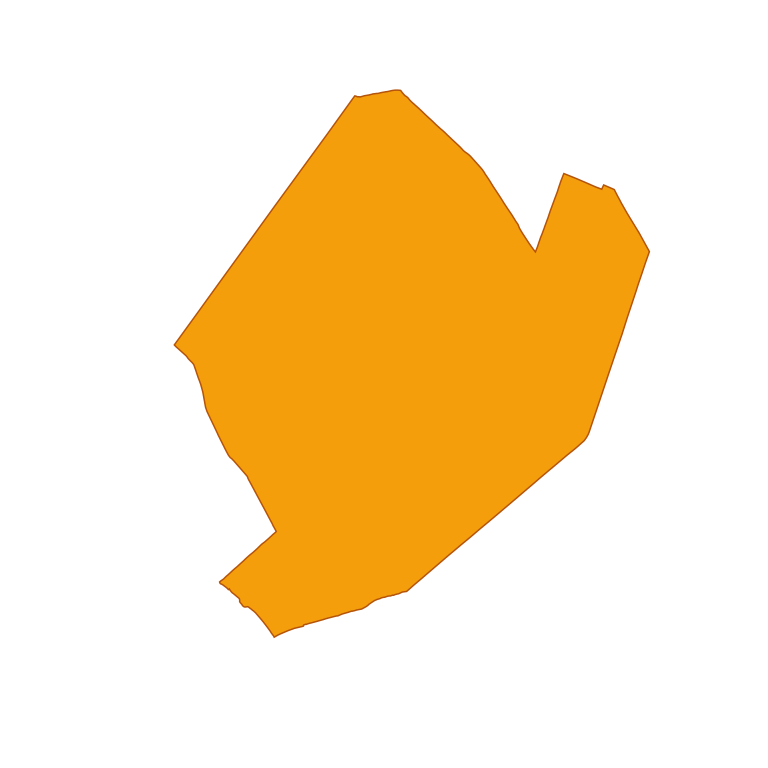 the district of Don Mueang, Bangkok Metropolis, Thailand, rotated 26°
{"feature_id": "78962969B41051617960371", "entity_name": "Don Mueang", "entity_type": "district", "adm_level": 2, "iso_a3": "THA", "parent_name": "Thailand", "parent_adm1": "Bangkok Metropolis", "projection": "equal_earth", "projection_center": [100.591, 13.921], "detail": "fine", "context": "isolated", "style": "filled", "palette": "amber", "viewbox_px": 768, "rotation_deg": 26, "n_neighbors": 0, "source": "geoboundaries", "source_scale": "gbopen_adm2", "svg_char_len": 5618}
<svg xmlns="http://www.w3.org/2000/svg" viewBox="0 0 768 768"><g transform="rotate(26 384 384)"><path d="M495.3,560.5L499.2,551.1L503.0,542.5L505.9,535.7L509.4,527.6L513.0,519.3L516.6,510.9L520.7,501.7L523.6,495.1L529.0,483.2L533.9,471.9L539.7,459.0L550.5,434.4L558.5,416.0L561.5,409.2L565.6,399.6L570.1,389.4L572.8,383.4L579.6,368.0L584.2,358.2L586.5,352.7L587.3,350.7L587.9,349.3L588.6,347.7L589.1,345.5L589.4,343.4L589.5,342.0L589.6,340.5L589.6,339.4L589.5,337.6L588.9,333.1L585.9,310.3L583.4,291.4L581.4,276.3L580.9,272.4L579.2,259.3L577.2,243.6L576.1,234.8L573.6,218.1L571.6,203.1L569.9,190.5L568.7,182.3L567.3,171.2L565.9,160.9L564.5,148.7L562.0,146.9L547.1,136.4L531.6,126.5L527.6,123.9L525.8,122.7L522.9,120.7L521.7,119.9L520.9,119.3L519.5,118.4L519.1,118.1L518.6,117.8L518.1,117.4L514.4,114.7L512.0,113.0L505.7,108.3L500.1,108.5L498.5,108.6L494.2,108.8L494.3,113.5L494.2,113.5L487.8,114.1L467.3,115.0L453.4,116.0L453.5,117.5L454.0,123.7L454.6,128.6L455.6,135.7L456.1,141.1L456.4,144.1L457.3,153.0L457.7,156.7L457.8,157.2L457.9,158.2L458.5,162.4L458.8,165.6L459.5,172.5L459.7,173.7L459.8,175.3L460.2,178.9L460.6,184.5L460.8,185.7L461.1,188.3L461.8,193.6L462.2,198.9L460.7,198.2L459.6,197.7L455.1,195.3L452.4,193.8L447.0,190.6L442.0,187.6L437.6,184.7L434.4,181.8L434.1,181.6L431.8,180.4L428.0,178.0L424.5,175.8L418.2,172.2L413.3,169.3L412.6,168.9L407.7,165.8L403.5,163.3L395.2,158.4L389.7,154.9L387.0,153.3L384.2,151.7L383.1,151.1L381.0,149.7L379.6,148.9L377.9,148.0L376.3,147.3L363.6,142.1L360.7,141.0L358.2,140.4L355.5,140.0L353.3,139.5L352.0,139.0L351.5,138.8L348.7,137.7L341.6,135.5L338.3,134.5L336.1,133.8L335.5,133.6L331.9,132.5L328.7,131.4L328.3,131.3L327.4,131.0L325.3,130.4L324.4,130.2L321.8,129.5L317.0,128.1L313.1,126.8L311.5,126.3L310.2,125.9L307.4,125.1L303.1,123.8L298.9,122.4L294.4,121.0L290.1,119.8L285.9,118.6L285.2,118.4L282.9,117.6L280.7,116.6L279.9,116.2L279.1,116.0L278.6,115.9L278.2,115.8L277.9,115.8L277.4,115.7L277.1,115.7L276.7,115.7L276.4,115.6L275.9,115.5L274.6,114.9L272.8,114.2L272.3,113.9L271.5,113.5L270.8,113.1L270.4,112.9L269.9,112.9L269.7,113.0L267.0,114.1L264.7,115.3L263.2,116.3L261.7,117.4L261.1,117.9L259.4,119.3L258.4,120.0L257.6,120.5L256.8,121.1L255.3,122.2L254.4,122.8L253.7,123.4L252.7,124.2L251.8,125.0L251.7,125.1L251.4,125.3L251.1,125.5L250.9,125.6L250.7,125.8L250.4,125.9L250.3,126.0L250.2,126.0L249.7,126.3L248.8,126.9L247.9,127.5L247.7,127.6L247.4,127.8L247.2,127.9L247.1,128.0L246.9,128.1L246.7,128.3L246.1,128.9L245.1,129.7L244.4,130.3L244.1,130.6L239.9,133.6L238.4,135.0L237.0,136.2L236.7,136.5L236.4,136.5L236.2,136.6L235.8,136.8L235.3,136.9L234.3,137.5L234.2,137.5L233.8,137.6L233.3,137.5L231.5,137.8L231.3,138.6L230.9,140.9L230.8,141.3L230.7,142.0L223.5,184.0L207.8,272.0L206.9,277.2L201.5,308.3L190.1,373.5L185.5,400.2L178.4,440.8L180.5,441.6L193.8,445.4L194.3,445.6L195.0,445.9L195.9,446.5L197.4,447.2L199.9,448.1L202.3,448.9L203.4,449.4L204.4,449.9L204.7,450.2L205.4,450.8L206.5,451.9L209.3,454.7L214.0,459.5L216.9,462.2L218.2,463.5L219.1,464.3L224.3,470.2L225.1,471.2L225.6,471.9L231.9,480.5L233.8,483.1L236.9,486.2L237.6,486.8L256.0,501.4L256.6,502.0L270.7,512.8L273.6,514.9L274.8,515.8L275.6,516.3L276.2,516.6L277.3,517.2L277.7,517.4L278.0,517.5L279.8,517.9L280.3,518.0L280.7,518.2L283.7,519.3L284.3,519.6L289.8,521.9L300.8,526.6L301.5,526.9L301.8,527.1L303.3,528.6L303.6,528.8L304.5,529.5L306.2,530.7L308.6,532.4L319.1,540.0L332.0,549.3L345.2,558.9L346.7,560.2L348.1,561.1L349.2,561.9L351.3,563.4L351.8,563.8L351.4,565.1L350.2,567.8L348.1,573.3L346.0,578.3L344.3,581.6L342.0,588.1L340.0,593.0L338.3,596.6L336.4,601.3L336.0,602.4L335.4,604.2L333.6,608.6L331.9,613.0L331.0,614.9L329.6,618.3L327.5,623.8L326.4,626.3L325.4,629.3L324.9,630.3L323.7,632.4L323.0,634.0L323.9,634.9L324.3,635.1L324.7,635.2L325.7,635.1L327.2,635.2L328.7,635.5L331.3,636.0L332.2,636.2L332.8,636.4L333.6,636.7L333.9,636.8L334.1,637.0L334.3,637.0L334.5,636.9L334.9,636.0L335.3,636.3L335.8,636.7L338.3,637.9L339.2,638.2L340.5,638.4L343.3,639.1L347.3,640.1L347.8,640.2L348.0,640.4L348.4,640.7L349.1,641.6L349.5,642.6L349.6,642.8L350.1,643.2L350.4,643.4L351.8,644.0L352.7,644.4L353.9,645.1L354.6,645.4L355.6,645.6L356.2,645.6L356.4,645.5L357.2,645.2L358.6,644.2L358.9,644.0L359.2,643.9L359.9,643.9L360.3,643.9L361.4,644.2L363.6,644.6L365.4,645.1L366.0,645.1L367.0,645.4L369.0,646.0L374.3,648.3L379.5,650.6L385.9,653.8L390.6,656.3L391.3,656.8L391.9,657.2L393.7,658.1L395.1,658.8L396.3,659.7L398.6,656.3L399.8,654.8L400.2,654.3L402.6,651.5L406.2,647.4L409.8,643.7L410.4,643.0L416.9,637.7L417.6,637.0L417.7,636.9L417.7,636.7L417.4,636.0L417.4,635.8L417.5,635.7L417.9,635.3L418.5,634.7L419.0,634.2L419.4,634.2L421.0,632.6L421.2,632.4L422.2,631.5L422.6,631.2L423.0,630.9L426.8,627.6L432.5,622.5L432.9,622.2L433.1,621.8L433.4,621.6L433.7,621.4L434.0,621.0L434.3,620.8L434.4,620.6L436.0,619.3L436.2,619.0L438.3,617.3L438.7,616.9L442.4,613.8L442.9,613.4L444.2,612.6L447.0,609.3L449.1,607.4L452.0,604.8L454.3,602.5L455.2,602.0L456.7,600.8L457.9,599.7L458.7,598.9L458.9,598.8L461.3,597.0L462.5,596.1L462.9,595.6L463.3,595.1L463.6,594.6L464.7,593.1L465.7,591.6L466.4,590.3L466.7,589.6L466.9,588.9L467.2,588.3L467.9,587.1L468.5,586.0L470.6,582.5L470.9,582.2L471.6,581.5L471.8,581.1L472.3,580.6L474.4,578.7L475.4,577.4L475.7,577.1L476.8,576.2L477.2,575.9L477.7,575.6L478.2,575.3L479.4,574.0L479.6,573.8L479.7,573.7L480.5,573.0L481.8,572.1L482.5,571.8L482.6,571.7L483.4,571.0L484.0,570.3L484.3,570.0L484.9,569.9L485.3,569.6L485.8,569.0L486.5,568.2L487.7,567.2L489.0,566.2L489.3,565.9L491.4,563.3L491.6,563.0L491.9,562.8L495.3,560.5Z" fill="#f59e0b" stroke="#b45309" stroke-width="1.5"/></g></svg>